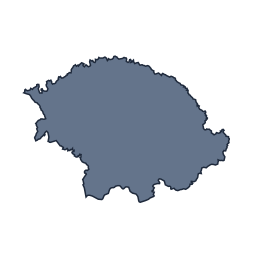 outline of São Francisco de Assis, Rio Grande do Sul, Brazil, rotated 339°
{"feature_id": "56859067B81817993019000", "entity_name": "São Francisco de Assis", "entity_type": "district", "adm_level": 2, "iso_a3": "BRA", "parent_name": "Brazil", "parent_adm1": "Rio Grande do Sul", "projection": "mercator", "projection_center": [-55.147, -29.45], "detail": "fine", "context": "isolated", "style": "filled", "palette": "slate", "viewbox_px": 256, "rotation_deg": 339, "n_neighbors": 0, "source": "geoboundaries", "source_scale": "gbopen_adm2", "svg_char_len": 5766}
<svg xmlns="http://www.w3.org/2000/svg" viewBox="0 0 256 256"><g transform="rotate(339 128 128)"><path d="M125.4,201.3L126.3,200.9L127.1,201.2L128.1,200.8L127.8,199.2L129.5,197.3L127.7,196.0L128.1,195.2L129.5,195.2L129.8,194.1L131.1,193.3L130.8,192.4L130.2,191.6L130.5,190.9L131.6,190.2L132.9,190.1L135.5,190.4L137.5,191.2L138.0,190.5L137.5,187.6L138.2,187.0L139.0,186.7L140.4,187.5L142.9,190.5L142.5,194.4L144.8,197.0L146.0,197.2L146.6,197.9L146.7,198.9L146.2,199.8L146.3,200.6L149.4,200.8L149.9,202.2L150.4,203.1L152.1,204.3L155.0,204.3L155.9,204.6L158.3,204.7L159.9,205.9L162.5,205.4L164.6,204.5L165.9,202.7L166.9,203.3L167.7,203.5L168.6,202.8L167.6,201.3L168.0,200.5L170.0,201.6L170.9,201.8L172.5,201.5L173.3,200.6L174.8,199.6L175.5,198.9L176.5,197.0L177.3,195.9L178.6,195.9L180.1,196.8L180.4,194.6L181.4,193.7L182.5,191.8L184.6,191.8L186.8,193.2L188.8,192.4L191.9,191.8L192.9,191.8L194.5,192.5L196.4,193.9L198.9,193.8L199.6,192.4L200.3,191.6L200.7,190.0L202.1,191.3L203.8,191.8L205.1,192.6L206.1,192.6L208.1,189.6L207.7,187.8L207.6,186.4L208.0,184.4L209.6,183.4L210.3,184.2L211.0,184.3L212.3,182.6L213.4,181.9L213.6,180.8L214.8,180.0L214.5,179.1L215.7,178.2L216.5,178.2L217.2,177.5L217.1,176.3L218.4,175.0L218.7,174.1L218.3,173.3L218.7,172.1L217.8,171.5L216.6,170.9L216.8,169.9L215.3,166.1L215.7,165.2L216.8,164.7L216.5,163.5L215.3,163.2L214.0,164.5L213.2,164.0L212.8,165.4L211.9,165.3L210.9,165.5L208.9,164.0L208.0,164.9L206.0,165.2L205.4,164.7L205.2,163.7L204.1,162.5L204.8,160.6L204.1,159.7L203.4,158.2L201.9,157.8L201.2,157.1L200.0,157.6L199.1,157.2L198.6,156.4L198.3,155.5L198.7,154.0L198.8,152.6L199.2,151.6L200.9,151.3L202.0,150.7L202.5,148.9L203.7,148.8L204.4,147.4L205.2,147.9L205.7,147.2L205.0,145.5L205.7,144.6L204.9,143.7L205.5,143.0L205.0,141.9L206.3,141.1L206.1,139.8L204.4,139.7L203.7,139.1L203.3,137.9L201.6,136.1L201.4,134.1L202.4,133.0L201.5,132.1L200.5,132.4L200.7,131.2L201.5,130.8L200.9,128.3L201.0,126.9L201.3,126.0L200.6,125.2L199.1,124.2L199.1,123.0L198.0,120.9L197.8,119.7L196.9,118.8L196.9,117.4L196.4,116.7L197.6,114.4L196.4,113.8L197.2,113.3L197.3,112.1L195.9,111.6L196.1,110.1L194.8,109.6L195.5,109.1L194.9,108.1L192.8,106.6L192.6,105.0L191.5,103.9L190.2,102.1L190.0,101.0L189.5,100.1L189.9,99.2L189.7,98.0L188.7,97.5L188.3,96.5L186.7,95.1L185.2,95.4L182.7,92.8L182.1,91.7L181.3,91.2L180.0,89.5L179.0,89.9L178.1,90.9L176.2,87.6L173.1,87.5L172.3,87.1L172.0,85.0L172.6,84.0L171.9,83.3L170.7,81.6L170.8,80.6L170.4,79.8L170.1,78.6L169.6,77.6L168.7,76.8L166.5,76.6L165.7,75.6L164.6,75.0L164.0,74.1L163.0,73.8L161.8,73.7L161.4,72.8L161.0,70.5L159.0,70.2L157.4,70.3L157.0,68.5L157.4,66.6L156.5,67.0L155.4,67.9L154.2,67.8L155.1,66.9L154.9,64.9L154.0,64.8L152.6,66.7L151.5,66.8L150.3,65.2L151.5,63.0L151.3,61.8L150.3,61.5L149.6,60.7L147.7,61.1L144.2,60.4L143.2,58.8L143.1,57.8L142.3,57.1L141.7,56.3L140.4,56.2L139.2,57.6L137.9,58.1L135.7,57.7L134.6,56.3L134.1,57.1L132.9,57.7L132.8,54.9L131.9,53.5L129.6,53.7L126.7,52.6L126.1,51.7L124.8,53.0L123.6,53.2L122.2,52.2L121.5,54.3L120.6,55.0L119.4,54.0L119.2,52.4L118.3,52.6L117.0,50.9L115.9,52.4L115.5,56.0L114.8,56.5L113.8,56.6L113.0,56.6L112.3,55.6L111.8,54.3L110.5,54.4L109.2,55.2L108.4,53.7L109.0,52.4L110.0,52.5L109.2,51.5L108.1,50.5L106.1,51.2L104.0,52.4L103.9,51.3L102.0,51.9L101.5,50.1L100.8,50.4L99.5,50.5L98.1,51.8L96.7,52.6L95.7,53.5L95.6,54.5L94.5,56.1L93.0,55.2L91.8,55.9L90.8,55.7L90.2,56.8L89.4,56.6L88.2,57.4L86.7,57.5L85.9,57.9L84.8,57.8L83.8,57.5L83.4,55.7L82.6,56.0L81.3,55.0L81.8,56.0L80.7,56.5L80.5,57.8L79.0,58.3L77.6,58.9L76.6,60.0L75.4,60.3L74.2,59.9L73.3,60.0L72.8,58.6L73.3,57.7L73.1,55.7L71.7,56.0L71.0,55.1L68.6,55.5L68.5,56.6L68.1,57.7L67.3,58.0L66.8,59.3L67.3,62.7L66.0,64.2L65.1,64.5L63.0,63.5L62.0,62.4L61.9,60.6L61.0,60.5L60.4,61.3L61.1,62.5L60.2,64.5L58.2,63.7L58.1,62.9L58.3,59.1L59.5,58.0L59.9,57.3L60.3,55.4L59.1,54.8L58.3,54.9L57.8,56.3L54.1,56.8L52.6,57.7L51.4,56.1L50.2,57.4L47.6,57.2L46.5,56.1L46.2,55.2L45.4,55.4L44.4,57.4L43.3,57.8L45.3,59.5L48.0,61.5L48.6,63.4L48.7,65.3L49.4,67.5L50.0,68.6L50.4,70.5L52.3,72.1L52.5,73.2L53.2,74.3L53.7,76.4L53.2,77.2L53.6,78.9L53.3,80.0L53.9,80.8L54.3,82.2L54.1,83.7L54.3,85.0L54.7,85.8L54.5,87.1L54.5,89.8L53.2,89.8L52.0,89.4L51.4,88.9L49.8,88.3L49.0,88.8L47.0,88.8L43.4,90.8L43.8,91.8L43.4,92.6L43.7,95.2L42.5,96.0L42.5,98.9L40.4,100.4L39.1,102.2L38.3,102.6L37.3,103.7L37.4,105.7L37.3,106.9L39.1,106.8L40.2,106.3L41.7,106.6L42.7,106.3L43.5,105.6L45.5,104.9L46.8,104.2L47.2,105.1L48.1,104.6L48.2,103.0L49.7,102.1L50.9,101.8L51.6,103.5L51.0,107.5L50.8,108.3L48.6,111.9L49.2,112.3L49.7,113.2L50.5,113.6L56.5,114.0L58.3,120.4L59.4,120.9L59.8,121.9L60.7,122.9L59.4,124.3L60.2,124.7L61.0,125.5L62.2,125.8L63.8,125.2L64.2,126.5L63.7,127.7L64.9,127.7L65.6,128.2L66.6,127.5L67.5,128.1L68.8,127.3L68.4,128.5L68.9,129.4L69.7,129.5L69.1,130.6L67.4,130.3L66.8,131.0L67.3,132.4L68.5,133.7L67.9,134.8L68.5,135.4L69.0,136.3L70.0,136.9L71.1,136.3L71.9,137.2L71.9,136.1L72.8,136.1L73.5,135.2L74.7,136.0L74.0,137.1L73.8,138.0L72.6,139.5L72.6,140.7L73.2,143.2L74.4,144.5L76.1,145.9L76.2,147.3L77.0,148.2L77.3,149.5L76.6,151.1L76.7,152.4L74.8,153.1L74.1,152.5L73.4,152.3L72.2,152.7L71.6,153.4L71.4,154.5L72.5,155.4L72.5,156.3L71.8,156.6L70.6,157.5L69.5,158.2L68.1,159.4L67.3,159.7L67.2,161.4L66.7,164.4L65.6,164.9L65.8,168.1L64.1,177.4L65.8,176.5L66.6,176.5L68.2,177.1L70.3,178.7L74.7,183.8L77.9,185.4L79.1,185.0L81.5,182.5L82.3,182.1L86.2,182.0L88.5,179.1L89.8,178.1L91.1,177.9L92.1,178.1L93.0,178.5L94.1,178.5L95.4,177.9L97.6,178.1L99.4,178.8L100.0,179.6L100.9,182.3L101.4,183.0L102.1,183.2L104.5,182.2L105.8,182.5L107.4,183.6L107.3,188.0L108.9,190.4L111.8,192.5L112.5,194.6L112.6,195.9L111.9,199.9L112.0,200.9L112.8,201.7L118.1,202.0L121.5,201.9L124.1,201.1L125.4,201.3Z" fill="#64748b" stroke="#1e293b" stroke-width="1.5"/></g></svg>